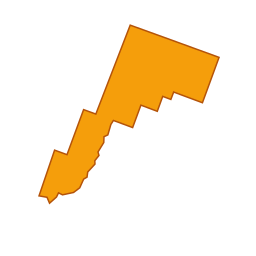 outline of Gem, Idaho, United States of America, rotated 200°
{"feature_id": "52423323B51946082922019", "entity_name": "Gem", "entity_type": "district", "adm_level": 2, "iso_a3": "USA", "parent_name": "United States of America", "parent_adm1": "Idaho", "projection": "natural_earth1", "projection_center": [-116.36, 44.159], "detail": "fine", "context": "isolated", "style": "filled", "palette": "amber", "viewbox_px": 256, "rotation_deg": 200, "n_neighbors": 0, "source": "geoboundaries", "source_scale": "gbopen_adm2", "svg_char_len": 580}
<svg xmlns="http://www.w3.org/2000/svg" viewBox="0 0 256 256"><g transform="rotate(200 128 128)"><path d="M188.4,33.8L180.4,35.2L176.0,30.5L171.6,38.7L171.1,43.3L166.7,42.8L157.1,48.8L152.9,55.3L152.2,64.8L149.7,67.8L150.8,72.9L146.7,82.8L148.0,85.9L145.9,92.3L148.0,95.2L145.8,106.1L147.6,111.6L144.6,114.6L145.3,125.5L144.3,130.1L123.8,130.0L123.7,153.9L106.2,153.7L106.2,169.6L97.5,169.5L97.4,177.4L66.7,177.2L66.6,225.5L92.9,225.5L110.5,225.5L161.1,225.4L163.0,130.1L176.0,130.1L176.2,82.1L189.4,82.1L188.4,33.8Z" fill="#f59e0b" stroke="#b45309" stroke-width="1.5"/></g></svg>